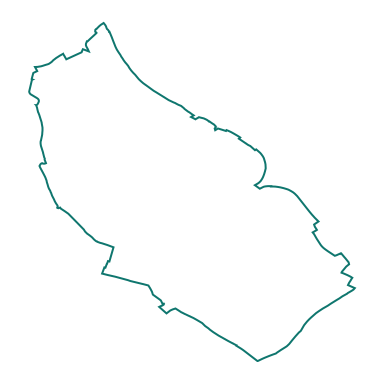 Simpelveld, Limburg, Netherlands
{"feature_id": "6326949B7850161968800", "entity_name": "Simpelveld", "entity_type": "district", "adm_level": 2, "iso_a3": "NLD", "parent_name": "Netherlands", "parent_adm1": "Limburg", "projection": "equal_earth", "projection_center": [5.98, 50.831], "detail": "fine", "context": "isolated", "style": "outline", "palette": "teal", "viewbox_px": 384, "rotation_deg": 0, "n_neighbors": 0, "source": "geoboundaries", "source_scale": "gbopen_adm2", "svg_char_len": 5726}
<svg xmlns="http://www.w3.org/2000/svg" viewBox="0 0 384 384"><path d="M102.3,23.9L101.0,24.7L99.3,26.1L98.2,27.2L97.1,28.3L96.5,29.0L96.0,29.1L95.3,29.9L95.2,31.7L96.5,32.7L96.5,33.0L93.4,35.9L89.9,39.1L87.5,41.4L86.9,41.3L86.0,43.6L85.9,44.5L85.9,45.1L86.2,46.1L86.6,47.0L87.8,49.1L88.8,51.4L82.9,49.2L82.2,50.7L82.0,51.3L81.6,52.3L66.3,59.3L65.9,58.5L65.3,57.6L64.5,56.1L64.0,55.4L63.5,54.4L63.2,54.1L63.1,53.8L61.2,54.9L59.9,55.6L57.6,57.1L56.3,57.9L54.0,59.7L53.4,60.1L51.9,61.7L51.0,62.4L49.1,63.7L48.7,63.9L48.0,64.2L45.6,64.9L42.8,65.8L41.1,66.3L39.2,66.6L37.4,66.9L35.3,67.0L35.0,67.0L35.2,67.4L35.9,68.6L36.3,69.4L36.8,70.3L37.2,71.1L33.8,72.7L33.3,73.0L31.7,79.0L32.1,79.2L32.1,79.5L32.5,79.6L32.3,79.7L32.0,79.8L31.9,80.0L29.5,90.2L29.3,91.1L29.2,91.6L29.3,92.1L29.4,92.6L29.6,93.0L29.9,93.4L30.2,93.8L30.5,94.2L31.0,94.5L36.8,98.0L37.4,98.4L37.9,98.8L38.2,99.1L38.5,99.5L38.7,100.0L38.8,100.3L38.8,100.6L38.9,101.0L38.8,101.5L38.7,101.9L38.1,103.2L37.6,104.1L37.3,104.5L36.9,104.9L36.4,105.1L36.1,105.1L36.3,105.3L36.6,106.5L36.8,107.0L37.1,107.8L37.3,109.0L37.7,110.6L38.1,112.2L38.4,112.7L38.9,114.0L39.3,115.0L40.7,119.5L41.2,121.0L41.4,121.7L41.7,122.8L41.8,123.8L41.9,124.3L42.3,126.5L42.5,127.7L42.5,128.5L42.5,130.5L42.3,132.7L42.2,134.4L42.0,135.6L41.0,140.3L41.0,140.6L40.8,140.8L40.7,141.1L40.6,141.9L40.6,142.5L40.6,143.5L40.8,145.1L41.0,146.1L43.1,152.7L43.1,153.1L43.4,154.1L43.7,155.4L44.1,156.9L44.2,157.4L44.4,157.8L44.7,158.5L44.8,158.8L44.6,159.7L45.9,162.9L46.0,163.2L45.5,163.4L44.4,163.7L44.1,163.7L43.7,163.7L42.9,163.6L42.6,163.5L42.2,163.2L41.5,163.4L40.8,163.9L40.3,164.5L39.6,165.8L39.5,166.0L40.3,167.8L43.0,172.8L44.4,175.5L45.1,176.9L45.5,177.8L46.2,179.7L46.5,180.4L46.9,182.4L47.6,184.5L48.1,186.4L48.5,187.5L49.0,188.8L49.3,189.2L50.1,190.6L50.4,191.3L50.6,192.0L51.2,193.1L51.4,193.8L51.8,194.9L52.0,195.5L52.8,197.1L53.6,198.6L54.1,199.6L54.3,200.1L54.8,201.3L55.5,202.5L56.0,203.4L57.2,205.1L57.5,205.6L57.7,206.3L57.7,206.5L57.5,206.9L57.3,207.4L57.2,207.7L57.3,207.9L58.1,208.1L58.3,208.2L58.9,208.0L60.2,207.6L60.8,208.6L64.6,211.1L68.3,213.7L79.1,224.7L83.3,229.0L83.9,229.6L84.4,230.5L85.1,231.6L86.1,232.6L86.8,233.3L87.2,233.7L88.4,234.5L90.3,235.9L91.8,237.1L92.7,238.0L93.7,239.1L94.3,239.7L95.6,240.8L96.5,241.4L96.9,241.4L97.0,241.6L97.6,241.9L98.4,242.2L100.0,242.8L102.0,243.3L105.4,244.4L107.3,245.0L113.5,247.3L109.4,261.5L108.0,261.1L107.0,263.9L106.8,263.9L105.4,267.7L104.4,267.4L102.1,273.6L107.7,275.0L115.2,276.7L128.1,280.2L130.3,281.0L141.8,283.8L143.1,284.1L148.1,285.4L148.4,285.5L150.2,288.4L151.8,291.4L152.2,292.4L152.7,294.1L153.0,294.7L159.8,299.6L160.9,300.5L162.6,304.0L163.8,303.6L164.0,303.9L163.7,304.4L163.6,304.7L163.4,304.8L162.4,305.5L161.3,305.9L160.0,306.5L159.2,306.9L166.5,313.4L170.3,310.5L172.7,309.4L175.5,308.5L176.1,308.9L179.4,311.0L181.5,312.4L181.9,312.5L184.6,313.9L193.4,318.0L196.6,319.8L199.0,321.2L202.2,323.1L203.1,324.0L204.1,325.0L205.1,326.0L208.5,328.4L209.8,329.6L213.2,332.1L218.6,335.6L220.4,336.6L228.4,341.1L236.0,345.1L236.5,345.3L236.3,345.7L241.0,348.6L243.2,350.1L257.4,361.0L257.7,361.0L258.0,360.9L262.8,358.6L265.1,357.6L269.3,355.9L273.0,354.5L275.9,353.5L277.0,352.6L280.9,350.0L285.2,347.3L286.6,346.4L287.2,345.9L289.2,344.0L292.4,340.0L295.5,336.3L298.9,332.5L300.8,330.9L304.1,325.2L304.9,324.2L307.1,321.5L309.2,319.3L311.1,317.5L316.1,313.1L319.1,311.0L322.9,308.5L327.8,305.7L330.9,303.6L336.7,300.0L339.4,298.4L342.4,296.3L347.1,293.7L347.7,293.1L349.1,292.3L352.0,290.6L353.6,289.5L354.8,288.1L348.0,285.1L349.1,282.8L350.5,280.7L351.6,278.8L352.3,277.8L350.6,276.7L347.4,275.1L343.2,273.3L341.5,272.7L341.6,272.3L342.2,271.4L346.2,266.6L348.3,264.9L349.1,264.3L348.6,262.3L345.3,258.2L344.4,257.2L341.2,253.4L340.5,253.8L340.4,253.5L337.9,254.6L336.6,255.2L334.8,255.8L328.0,251.3L325.6,249.6L324.4,248.7L323.1,247.6L322.3,246.8L321.3,245.7L320.5,244.6L318.3,241.2L316.8,238.9L314.1,234.2L312.7,232.4L316.0,230.5L316.9,229.9L316.6,229.4L316.3,229.0L315.5,227.7L315.0,227.0L314.8,226.5L314.5,225.8L314.1,224.5L318.5,221.5L314.7,217.7L313.2,216.0L312.0,214.7L309.5,211.7L307.2,208.8L297.2,196.1L294.8,193.7L293.2,192.4L291.1,191.1L288.5,189.7L286.8,189.1L283.8,188.2L280.5,187.4L277.6,186.9L275.2,186.6L272.9,186.5L271.1,186.5L271.2,186.1L268.5,186.1L267.3,186.2L266.2,186.3L265.4,186.4L264.3,186.6L263.6,186.8L262.6,187.3L259.8,188.7L254.9,185.2L258.0,183.4L259.2,182.5L260.7,181.0L262.2,178.7L263.1,176.9L264.1,174.3L265.0,171.3L265.7,168.4L265.5,164.4L265.3,163.4L265.1,162.4L264.1,159.0L263.8,158.1L263.5,157.5L262.9,156.4L261.4,154.3L260.4,153.1L260.0,152.7L256.2,149.4L255.0,150.2L250.3,146.0L248.2,145.0L238.9,138.7L240.2,137.5L238.9,136.6L236.4,135.1L233.8,133.6L231.1,132.1L228.3,130.8L226.5,130.1L226.0,131.0L221.6,129.6L218.0,128.5L215.2,130.2L214.7,128.5L215.9,127.0L215.5,126.7L215.6,126.2L215.1,125.7L214.1,124.6L211.6,123.0L209.4,121.4L209.1,121.6L207.7,120.4L206.6,119.7L203.8,118.4L200.1,117.5L198.9,117.2L197.7,118.0L196.2,118.8L195.5,119.3L191.1,117.0L193.7,115.4L191.9,114.2L190.7,113.3L189.5,112.4L188.2,111.7L187.0,110.8L185.8,109.9L184.6,109.0L183.6,107.9L182.4,107.0L181.3,106.0L179.9,105.4L178.4,104.8L175.9,103.5L175.7,103.3L175.3,103.1L173.3,102.3L172.7,102.0L170.8,101.1L168.7,100.1L167.9,99.6L166.8,98.9L156.7,92.6L153.7,90.8L143.2,83.2L140.9,81.2L138.8,79.2L136.9,76.9L135.2,74.8L133.1,72.7L131.2,70.5L129.5,68.2L128.1,65.8L126.3,63.6L125.3,62.5L123.6,60.2L122.9,59.0L122.1,57.8L121.3,56.7L120.3,54.8L120.0,54.4L118.3,51.9L116.8,49.5L115.4,46.6L114.7,44.8L113.2,41.0L111.8,37.3L109.5,31.8L109.1,31.9L109.0,31.4L108.6,30.7L107.9,29.7L107.1,29.1L106.5,27.9L106.1,26.6L105.5,25.4L103.8,23.2L103.6,23.0L102.3,23.9Z" fill="none" stroke="#0f766e" stroke-width="2"/></svg>